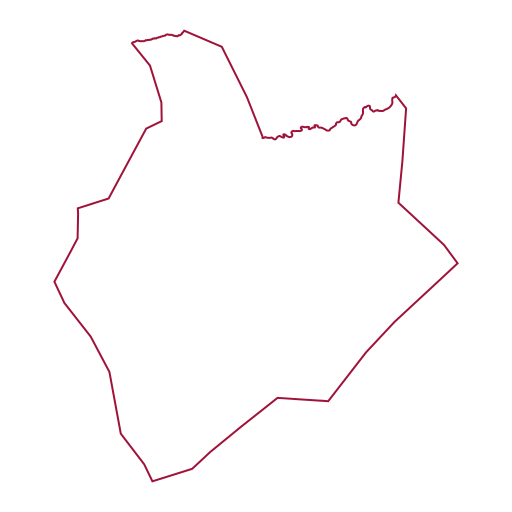 the district of Bayan-Adraga, Hentiy, Mongolia
{"feature_id": "93677404B94037066175058", "entity_name": "Bayan-Adraga", "entity_type": "district", "adm_level": 2, "iso_a3": "MNG", "parent_name": "Mongolia", "parent_adm1": "Hentiy", "projection": "equal_earth", "projection_center": [111.25, 48.494], "detail": "fine", "context": "isolated", "style": "outline", "palette": "rose", "viewbox_px": 512, "rotation_deg": 0, "n_neighbors": 0, "source": "geoboundaries", "source_scale": "gbopen_adm2", "svg_char_len": 5636}
<svg xmlns="http://www.w3.org/2000/svg" viewBox="0 0 512 512"><path d="M457.6,263.3L444.0,244.9L398.4,202.7L402.4,161.1L406.1,108.3L395.9,95.3L395.5,96.5L395.0,96.9L394.2,97.3L393.3,97.6L392.7,97.7L392.5,98.0L392.3,98.4L392.3,99.1L392.2,100.6L392.4,102.2L392.4,102.7L392.3,103.3L391.7,104.7L391.1,105.5L390.5,106.3L389.5,107.4L388.3,108.2L387.5,108.7L386.9,108.9L386.3,109.2L385.6,109.4L385.0,109.7L384.3,110.1L383.9,110.5L383.3,110.8L382.4,111.0L381.8,111.0L381.1,111.0L380.5,110.9L379.9,110.9L379.3,110.9L378.9,110.9L378.5,110.8L378.3,110.7L378.0,110.4L377.7,110.1L377.3,110.1L376.6,110.5L376.3,110.4L375.9,110.5L375.5,110.6L375.0,110.9L374.2,111.4L373.7,111.6L373.3,111.5L372.8,111.2L372.1,110.4L371.6,110.0L371.0,109.7L370.4,109.1L370.2,108.8L370.0,108.2L370.0,107.2L369.9,106.5L369.8,106.2L369.5,105.9L369.2,105.8L368.9,105.7L368.5,105.7L368.0,105.8L367.3,106.1L366.8,106.4L366.4,106.8L366.0,107.2L365.7,107.3L365.4,107.3L365.3,107.2L365.0,107.0L364.9,107.0L364.7,107.1L364.3,107.4L363.8,107.8L363.2,108.5L363.0,109.1L362.9,110.2L363.0,111.4L363.0,112.5L362.9,113.5L362.8,114.0L362.4,114.9L361.4,116.3L361.4,116.7L361.1,117.9L360.7,118.5L360.0,119.3L359.3,119.9L358.7,120.3L357.8,121.2L357.1,122.8L356.6,124.0L355.9,124.9L355.3,125.3L354.4,125.4L353.8,125.4L352.9,125.1L352.2,124.6L351.6,124.1L351.3,123.5L351.2,123.0L351.2,122.4L351.0,121.9L350.5,121.6L349.5,121.2L348.8,120.9L348.2,120.5L347.9,120.0L347.6,119.3L347.3,118.7L347.0,118.3L346.7,118.1L346.3,118.0L346.0,118.0L345.5,118.2L344.8,118.3L343.4,118.6L342.6,118.9L341.8,119.2L341.0,119.8L340.7,120.3L340.3,121.1L340.1,121.5L339.8,121.7L339.3,122.0L338.8,122.3L337.7,122.2L337.3,122.3L336.9,122.4L336.5,122.8L336.2,123.3L336.0,123.7L336.0,124.6L335.8,125.0L335.6,125.2L334.8,125.9L333.8,126.6L332.7,127.2L332.1,127.7L331.5,128.0L330.8,128.5L330.3,129.0L330.1,129.4L329.8,130.0L329.4,130.4L328.8,130.6L327.9,130.6L327.3,130.5L326.8,130.5L326.4,130.3L326.1,130.0L325.7,129.7L324.5,129.1L323.2,128.4L322.4,128.0L321.7,127.8L321.1,127.6L319.5,127.6L319.1,127.5L318.6,127.4L317.8,126.5L317.8,126.0L317.7,125.7L317.4,125.5L316.9,125.3L316.2,125.3L315.6,125.2L315.0,125.2L314.8,125.2L314.6,125.3L314.5,125.5L314.7,126.0L314.8,126.3L315.0,126.7L315.0,127.0L314.9,127.4L314.5,127.4L314.1,127.5L313.7,127.5L313.2,127.5L312.7,127.5L312.4,127.6L312.2,127.8L311.9,128.1L311.3,128.4L310.9,128.6L310.4,129.0L309.8,129.2L309.4,129.1L309.0,129.0L308.7,128.7L308.6,128.4L308.6,128.0L308.8,127.6L309.0,127.2L308.9,127.1L308.7,127.0L307.6,126.9L306.9,126.9L306.3,127.2L304.7,127.2L303.5,126.9L302.3,126.7L301.7,126.8L301.3,127.0L301.0,127.4L300.8,127.8L300.9,128.3L301.3,128.7L301.7,129.0L301.8,129.4L301.9,129.8L301.8,130.1L301.5,130.5L300.9,130.8L300.3,131.0L299.6,131.1L298.4,131.0L296.8,131.0L296.1,131.0L295.3,131.1L294.7,131.2L294.0,131.0L293.5,130.9L293.0,130.9L292.7,131.0L292.2,131.3L291.7,131.8L291.4,132.3L291.4,132.7L291.6,133.1L291.9,133.4L292.1,133.6L292.1,133.9L292.3,134.9L292.2,135.6L291.9,136.2L291.4,136.7L290.5,137.0L289.5,137.1L288.6,136.9L287.5,136.4L286.7,135.9L286.0,135.2L285.5,134.8L284.5,134.3L284.1,134.3L283.7,134.3L283.4,134.6L283.3,134.9L283.4,135.2L283.7,135.6L284.1,136.2L284.3,136.6L284.2,136.9L284.0,137.4L283.8,137.5L283.3,137.6L282.8,137.5L282.1,137.2L281.1,136.7L279.9,136.1L279.3,136.0L278.9,136.1L278.4,136.4L277.7,136.8L277.0,137.4L276.2,138.6L275.8,139.1L275.1,139.3L274.3,139.3L273.7,139.0L273.2,138.7L272.8,138.1L272.4,137.9L272.0,137.7L271.6,137.6L271.3,137.6L271.1,137.6L270.8,137.7L270.2,137.8L269.2,137.9L267.7,137.8L266.5,137.5L265.9,137.3L265.4,137.2L265.0,137.2L264.7,137.3L264.4,137.6L264.2,137.7L263.7,137.9L262.6,138.0L262.5,136.6L247.0,97.3L221.8,46.8L184.2,30.7L183.7,31.3L183.6,31.6L183.2,32.1L182.8,32.5L182.2,33.0L182.0,33.3L182.0,33.6L181.9,33.8L181.5,34.1L181.2,34.3L181.0,34.5L180.8,34.8L180.6,34.9L180.5,35.0L180.1,35.1L179.9,35.2L179.7,35.3L179.3,35.4L179.2,35.3L179.0,35.2L178.9,35.2L178.7,35.2L178.6,35.3L178.5,35.6L178.4,35.7L178.1,35.8L177.4,36.2L177.1,36.3L176.8,36.2L176.6,36.1L176.4,36.1L176.2,36.2L175.9,36.2L175.7,36.1L175.2,35.9L174.7,35.8L174.3,35.9L174.1,35.9L173.9,35.8L173.6,35.6L173.4,35.4L173.1,35.3L172.8,35.2L172.5,35.2L172.1,35.0L171.9,34.9L171.6,34.8L171.1,34.9L170.8,34.9L170.5,34.8L170.2,34.7L169.7,34.8L169.2,34.9L168.8,34.8L167.6,34.4L167.4,34.4L167.2,34.4L166.9,34.5L166.7,34.6L166.2,34.7L166.0,34.8L165.8,35.0L165.4,35.4L165.1,35.6L164.6,35.7L163.9,35.8L163.5,35.9L163.1,36.0L162.7,36.1L161.6,36.6L161.0,36.6L160.6,36.7L160.1,37.0L159.9,37.2L159.6,37.2L159.0,37.2L158.7,37.2L158.6,37.3L158.3,37.5L158.0,37.7L157.5,37.8L157.1,37.9L156.8,37.9L156.5,38.1L156.3,38.2L156.1,38.4L155.9,38.5L155.6,38.5L155.3,38.4L155.1,38.3L154.9,38.4L154.7,38.5L154.5,38.4L154.4,38.3L154.2,38.3L153.8,38.5L153.5,38.6L153.2,38.7L152.9,38.7L152.6,38.7L152.5,38.8L152.4,38.9L152.1,39.2L151.8,39.3L151.6,39.3L151.2,39.6L150.8,39.6L150.5,39.6L150.2,39.8L149.7,39.8L149.4,39.8L149.2,39.9L149.0,40.0L148.9,40.0L148.7,40.0L148.2,39.9L147.4,40.0L147.2,40.1L146.8,40.3L146.6,40.3L146.3,40.3L146.0,40.3L145.8,40.2L145.6,40.3L145.4,40.4L144.8,40.8L144.4,41.1L143.7,41.2L143.0,41.2L141.9,41.1L141.0,41.3L139.3,41.0L138.8,40.9L138.4,40.6L138.0,40.5L137.7,40.5L137.1,40.7L136.6,40.9L136.3,41.0L135.3,41.7L134.5,41.9L133.9,42.0L133.5,42.1L133.0,42.3L132.6,42.5L132.4,42.7L132.0,43.3L150.0,65.6L161.4,102.5L161.7,121.1L146.2,128.6L122.4,172.8L108.6,198.5L77.8,208.3L78.1,213.7L77.6,238.3L70.7,251.4L54.4,281.7L64.4,303.0L90.7,336.6L109.4,371.9L120.8,433.7L144.2,464.3L152.4,481.3L192.2,468.8L210.2,452.0L241.1,426.7L277.5,397.9L328.2,401.2L366.0,352.4L394.6,321.8L435.4,284.0L457.6,263.3Z" fill="none" stroke="#9f1239" stroke-width="2"/></svg>